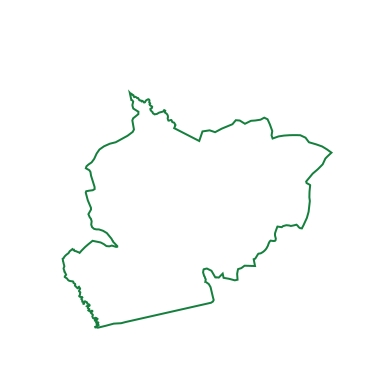 Kota Lubuklinggau, Sumatera Selatan, Indonesia, rotated 75°
{"feature_id": "22746128B74548717001691", "entity_name": "Kota Lubuklinggau", "entity_type": "district", "adm_level": 2, "iso_a3": "IDN", "parent_name": "Indonesia", "parent_adm1": "Sumatera Selatan", "projection": "robinson", "projection_center": [102.884, -3.254], "detail": "fine", "context": "isolated", "style": "outline", "palette": "green", "viewbox_px": 384, "rotation_deg": 75, "n_neighbors": 0, "source": "geoboundaries", "source_scale": "gbopen_adm2", "svg_char_len": 5834}
<svg xmlns="http://www.w3.org/2000/svg" viewBox="0 0 384 384"><g transform="rotate(75 192 192)"><path d="M298.7,318.1L298.9,310.1L298.9,301.6L300.4,294.4L300.4,290.1L303.9,202.3L303.2,200.1L301.9,199.0L298.7,199.0L288.7,198.7L285.3,199.6L282.1,202.2L282.1,202.3L280.7,201.7L280.2,201.4L279.8,201.4L279.4,201.4L278.9,201.6L278.4,201.6L276.8,201.7L276.4,202.0L272.5,202.1L270.1,201.0L269.7,200.7L269.7,198.6L269.8,197.4L273.1,193.6L280.5,191.6L281.1,190.1L281.3,190.1L280.9,190.0L281.6,188.3L278.8,183.5L283.1,183.7L285.4,178.7L288.4,173.5L288.5,170.7L282.8,169.6L279.6,168.1L278.4,167.4L278.3,164.1L276.8,160.3L279.8,150.3L272.9,149.8L272.7,148.1L269.0,144.2L268.9,143.9L268.8,143.7L268.8,143.3L268.9,142.8L269.0,141.9L269.0,141.4L268.8,140.7L268.3,139.0L267.8,137.8L267.2,136.7L266.5,135.6L265.8,134.8L265.3,134.2L264.6,133.6L263.8,132.8L263.4,132.5L261.6,131.3L261.2,131.0L261.1,130.8L260.6,130.5L260.2,130.0L259.8,129.5L259.5,129.1L259.3,128.7L260.1,126.8L260.4,126.0L260.6,125.4L260.6,124.5L260.5,124.3L260.5,124.1L260.4,124.0L260.2,123.8L260.0,123.7L258.7,123.1L258.0,123.1L257.1,123.1L256.0,123.1L255.1,123.0L254.5,122.8L254.0,122.7L253.1,122.3L251.1,121.0L248.1,118.9L247.7,118.6L247.5,118.4L249.2,114.4L248.5,112.8L248.5,109.5L249.5,106.8L250.4,105.3L250.6,102.2L250.6,99.6L251.4,99.0L252.0,98.7L252.5,98.4L253.1,98.2L253.6,98.0L254.0,97.7L254.4,97.4L254.5,97.3L254.7,97.1L254.9,96.9L255.0,96.6L255.4,95.8L255.6,95.2L255.1,94.7L255.4,94.1L255.0,94.8L253.1,93.0L252.1,92.2L246.7,87.7L241.3,84.5L231.2,80.5L227.5,80.0L222.1,78.4L216.0,76.1L215.9,76.1L215.0,76.9L213.0,79.0L211.4,79.0L205.5,70.7L202.6,64.6L199.1,58.6L194.2,54.5L192.7,52.0L190.1,47.1L185.8,50.6L181.7,54.5L178.2,59.6L174.2,66.2L168.9,68.3L165.2,72.7L163.8,77.4L162.4,83.0L161.3,88.6L160.7,94.1L161.2,100.3L157.9,100.5L153.9,98.7L146.8,99.3L141.3,100.2L138.9,103.0L139.9,107.1L139.3,112.4L138.5,116.6L139.8,123.2L135.3,127.4L134.0,131.1L137.0,135.4L138.5,146.8L140.2,154.2L137.0,159.0L136.2,166.2L144.6,171.8L125.7,192.7L125.1,192.2L123.8,191.2L123.8,191.3L122.2,190.8L121.3,191.1L120.4,191.3L119.8,192.2L119.5,192.8L119.1,193.0L117.7,193.1L117.2,193.3L117.0,193.9L117.1,195.8L116.9,196.3L115.5,196.5L114.3,196.4L113.5,195.8L111.9,195.6L110.5,195.9L109.2,196.7L108.3,197.5L107.8,197.5L107.3,197.3L106.7,196.8L106.2,197.1L105.7,197.7L106.8,199.0L106.8,203.2L107.5,205.6L107.3,208.1L106.6,208.5L106.5,208.8L106.2,209.1L105.7,209.4L105.2,209.4L104.8,209.4L104.1,209.7L103.8,210.1L103.4,210.3L102.8,210.5L102.2,210.8L101.4,210.8L100.8,210.6L100.7,210.1L100.7,209.5L100.4,209.0L100.1,208.9L99.5,208.4L99.2,208.4L97.8,209.7L97.4,210.1L96.7,210.3L96.3,210.3L95.7,209.5L95.1,209.6L94.8,209.9L94.4,210.1L94.1,210.1L93.8,209.9L92.6,209.4L92.1,209.4L91.7,209.5L91.2,210.0L91.1,210.4L91.3,211.5L91.6,212.5L92.4,213.6L93.1,214.1L93.2,214.5L93.2,214.8L93.0,215.3L92.0,215.8L91.5,216.0L91.1,216.4L91.0,216.7L91.3,217.3L90.9,217.5L90.3,217.8L90.1,218.1L90.1,218.5L89.9,218.9L89.5,219.2L88.6,219.3L88.3,219.5L87.8,219.7L87.7,219.7L87.4,219.7L87.2,220.0L87.2,220.4L86.9,220.8L86.7,220.8L85.6,221.8L85.3,222.3L85.3,222.6L85.4,222.9L85.4,223.2L84.8,223.5L84.3,223.5L83.5,223.5L83.1,223.8L83.1,224.1L82.8,224.4L82.5,224.7L82.1,224.7L81.7,224.9L81.4,225.1L81.3,225.6L80.9,226.0L80.1,226.4L87.5,226.8L88.0,225.9L89.5,225.4L92.6,227.1L94.1,227.2L96.2,227.1L100.6,223.0L102.9,223.7L105.6,229.8L107.4,231.1L116.6,231.9L118.6,233.7L121.0,239.7L124.2,252.8L124.1,259.0L125.1,265.2L127.0,270.4L130.2,274.2L134.7,277.9L137.4,281.3L138.7,285.0L139.9,287.3L141.6,288.4L144.4,285.5L146.4,284.9L150.0,285.3L161.9,284.8L164.0,285.3L164.6,287.4L164.1,291.0L163.9,294.0L165.1,294.8L173.1,294.8L181.1,293.7L182.8,294.1L186.6,297.8L190.1,297.3L191.6,296.6L194.3,296.5L197.5,297.8L200.1,297.6L202.3,296.1L203.3,294.2L204.1,291.5L206.4,288.0L209.6,284.9L216.2,281.9L218.4,281.4L218.7,281.2L218.8,281.3L219.4,281.2L224.9,278.2L225.5,278.4L225.4,279.5L223.0,283.3L223.1,285.9L222.1,288.6L219.5,290.7L217.1,293.3L213.4,300.7L214.2,302.4L215.6,305.6L217.5,309.5L220.0,313.8L221.7,316.3L221.1,316.8L220.7,317.4L220.2,318.1L220.0,318.4L219.5,318.9L219.0,319.6L218.9,320.0L218.7,320.4L218.2,320.9L217.8,321.1L217.5,320.9L217.1,321.0L217.0,321.5L217.1,321.8L216.9,322.0L216.7,322.0L216.4,322.2L216.2,322.3L217.4,325.0L217.5,325.4L219.1,327.1L220.0,329.4L220.9,331.1L222.1,332.7L222.7,333.1L223.0,334.2L225.6,334.5L226.8,334.4L227.3,334.5L229.3,334.5L230.7,334.5L232.5,335.8L232.9,335.9L235.1,335.7L235.7,335.9L236.1,335.9L236.4,335.7L236.5,335.5L237.9,335.3L239.4,335.0L240.6,336.7L241.2,336.9L242.8,335.5L243.2,335.1L244.7,334.6L245.6,334.0L246.5,332.7L247.0,331.5L247.5,330.2L247.9,329.9L249.1,330.0L250.6,328.7L251.0,328.7L252.1,329.3L255.3,327.5L255.2,326.7L254.4,326.0L254.3,325.7L256.2,325.1L256.5,325.1L258.1,326.6L258.5,326.8L258.9,326.7L259.8,325.9L260.2,325.9L261.4,326.6L262.3,326.8L263.3,327.9L263.9,327.7L264.4,327.1L265.1,325.3L265.5,325.2L266.7,326.6L268.2,326.0L269.5,326.4L270.3,325.4L271.8,325.9L272.1,325.5L272.0,325.2L269.9,324.0L269.9,323.6L271.3,322.1L271.7,321.9L272.6,322.1L273.0,321.8L274.0,320.5L274.7,320.2L275.2,320.3L275.5,320.8L275.4,321.5L275.0,322.7L275.1,323.0L276.0,322.1L277.0,322.7L277.3,322.6L278.5,321.5L278.8,321.6L279.5,322.8L279.7,322.7L281.1,321.3L280.7,320.0L281.0,319.1L281.6,319.2L282.3,320.7L282.6,320.9L284.8,319.6L285.2,319.6L286.1,320.3L286.4,320.5L288.2,320.2L288.5,319.9L288.8,319.5L288.5,317.9L288.8,317.2L290.1,316.1L290.3,316.2L290.5,316.6L290.3,318.8L290.6,319.0L291.1,319.1L291.3,318.8L291.4,317.7L291.6,317.4L291.8,317.4L293.3,318.4L293.5,318.3L293.6,318.1L293.6,316.5L294.0,316.3L294.3,316.5L295.1,318.3L295.5,318.2L295.7,317.9L295.9,316.8L296.1,316.7L296.4,316.7L296.5,317.0L296.6,317.7L296.8,318.3L297.0,319.7L297.2,320.5L297.4,320.5L297.8,320.4L297.9,320.1L298.1,319.0L298.3,318.4L298.7,318.1Z" fill="none" stroke="#15803d" stroke-width="2"/></g></svg>